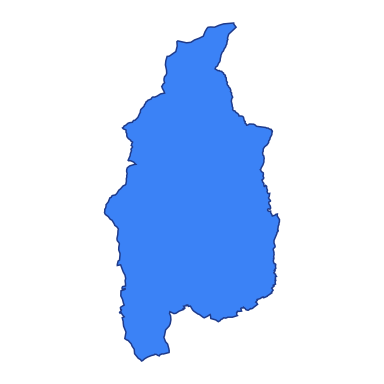 outline of Crasna, Gorj, Romania
{"feature_id": "2599482B71276356252313", "entity_name": "Crasna", "entity_type": "district", "adm_level": 2, "iso_a3": "ROU", "parent_name": "Romania", "parent_adm1": "Gorj", "projection": "natural_earth1", "projection_center": [23.564, 45.231], "detail": "fine", "context": "isolated", "style": "filled", "palette": "blue", "viewbox_px": 384, "rotation_deg": 0, "n_neighbors": 0, "source": "geoboundaries", "source_scale": "gbopen_adm2", "svg_char_len": 6037}
<svg xmlns="http://www.w3.org/2000/svg" viewBox="0 0 384 384"><path d="M140.5,359.6L141.5,361.0L142.6,360.6L144.6,358.8L147.5,357.1L151.5,355.5L154.1,354.9L154.7,354.3L156.3,354.4L157.7,355.3L159.3,355.9L160.2,354.5L161.0,354.4L161.9,353.9L163.4,354.0L169.1,352.5L169.2,350.8L168.9,348.9L167.6,344.1L165.5,341.7L163.8,337.1L164.4,336.0L165.6,329.9L169.1,326.1L170.2,323.7L170.9,319.8L170.6,315.8L169.5,313.5L169.9,311.7L173.9,313.6L175.9,313.3L179.2,311.1L183.5,309.5L183.1,308.9L184.8,308.3L184.7,307.7L184.1,307.3L184.1,306.5L183.8,306.2L186.5,305.7L186.4,305.1L187.8,305.0L188.4,306.4L190.4,306.1L192.7,310.0L194.0,311.3L198.1,314.1L199.3,314.4L203.4,317.5L204.3,317.8L207.4,316.3L210.1,314.5L210.4,315.1L210.8,318.5L215.7,319.9L218.3,321.7L220.2,320.6L220.9,319.5L222.1,319.1L223.7,317.8L225.8,318.1L228.0,317.2L232.4,317.2L237.4,315.6L236.8,315.0L236.6,312.5L237.4,312.0L237.4,311.4L237.7,311.2L239.2,311.4L241.6,311.1L240.8,308.4L241.7,307.9L243.0,308.0L243.4,307.2L245.2,308.6L245.9,309.7L247.6,310.2L248.4,310.2L250.5,308.6L250.9,308.9L252.5,308.4L253.6,307.4L257.6,304.3L256.5,302.5L255.8,302.1L257.4,300.2L257.1,299.5L260.1,298.6L262.2,297.2L263.2,297.0L263.4,297.7L263.9,297.7L267.2,296.3L267.2,296.0L271.8,292.9L271.4,292.4L273.1,290.2L271.7,288.2L274.1,286.0L273.3,285.2L275.5,284.1L275.1,282.6L275.4,281.5L275.1,280.6L275.1,280.2L275.7,280.2L275.3,278.6L275.5,278.4L275.4,277.0L275.5,276.5L276.4,276.4L275.5,274.9L275.5,274.2L274.3,273.5L273.9,272.4L274.6,271.9L275.0,270.6L274.5,270.3L275.1,270.0L274.8,269.3L275.8,268.5L275.4,265.7L275.7,265.2L275.7,264.3L275.1,263.8L274.3,263.7L273.5,261.9L273.3,260.5L273.7,259.4L273.5,258.7L274.0,258.2L273.6,256.8L274.1,254.3L273.8,252.7L274.0,252.4L273.2,249.6L273.4,248.7L275.1,246.9L275.0,245.7L274.0,243.0L274.0,240.4L276.9,233.5L276.9,232.4L277.9,231.6L277.8,231.0L278.2,230.7L278.1,230.0L277.7,229.8L277.7,229.0L278.0,228.2L278.2,226.1L278.9,224.7L279.0,223.0L279.4,222.0L279.5,219.6L277.2,215.9L277.4,214.0L275.9,214.3L274.8,215.3L272.3,216.0L271.9,214.7L270.7,212.8L270.6,211.1L268.9,211.4L267.7,210.5L267.6,209.7L267.8,209.2L268.7,208.8L270.0,209.2L270.7,208.0L270.3,207.0L270.4,206.3L269.0,204.0L268.7,202.9L268.9,202.0L270.4,201.2L270.5,200.9L269.7,199.5L269.1,199.1L268.5,197.9L269.2,196.5L269.7,193.4L268.5,193.6L267.7,193.2L267.0,191.4L267.5,190.2L266.6,188.1L266.7,186.5L266.5,186.1L265.6,185.4L264.7,186.5L264.2,186.4L263.8,184.5L263.8,183.3L262.6,182.0L262.5,180.9L262.0,180.3L262.1,179.7L263.5,178.8L263.8,177.8L263.0,176.1L263.4,174.8L263.3,172.9L261.5,171.6L260.3,169.7L260.7,169.5L261.2,167.9L262.9,164.9L263.9,162.0L263.9,159.9L264.2,158.5L263.7,155.8L262.9,155.0L262.6,153.0L262.6,152.2L263.1,151.7L263.3,148.8L264.7,146.7L267.0,144.9L268.6,142.6L268.7,141.0L269.8,139.5L270.2,137.6L271.8,134.7L271.9,133.0L272.4,131.3L272.2,130.8L271.5,130.7L271.5,129.8L271.3,129.4L269.6,129.1L268.0,128.0L266.8,128.1L265.7,127.5L256.5,126.3L255.2,125.0L253.7,124.2L249.5,124.0L247.5,125.1L246.6,125.2L246.2,124.0L245.0,123.0L245.2,121.4L244.3,120.9L243.5,117.3L242.8,116.5L241.8,116.1L238.9,115.9L238.7,114.7L237.7,113.5L235.9,112.4L235.0,111.0L233.5,110.6L232.6,109.5L232.9,108.0L232.2,106.2L232.2,105.1L231.3,101.2L231.7,98.9L232.0,98.1L232.6,97.6L232.6,97.0L231.5,94.6L231.6,92.9L230.5,91.5L230.8,90.3L230.4,89.2L230.1,88.8L230.1,88.3L228.6,86.8L228.5,86.0L227.5,85.1L227.0,83.6L227.4,82.3L226.4,81.0L226.2,77.7L225.2,76.8L225.5,76.0L225.1,75.0L223.8,74.2L223.5,73.0L222.3,72.3L221.8,71.4L219.8,71.1L219.2,70.5L218.1,70.7L215.1,68.9L215.7,67.1L217.4,66.0L218.6,63.1L219.7,61.8L220.2,60.2L220.2,59.2L220.9,56.1L220.8,55.7L221.7,53.4L222.2,52.2L223.4,51.0L224.2,48.9L225.6,46.9L226.0,45.4L226.8,44.1L226.9,42.2L227.2,41.8L227.1,40.8L227.9,39.5L227.5,38.4L227.6,37.7L228.6,34.5L229.0,33.9L236.1,27.2L233.9,24.3L233.7,23.0L223.5,23.9L219.0,25.3L214.6,27.2L210.5,27.0L208.0,27.3L206.9,28.5L205.1,31.6L203.3,36.2L199.2,38.2L194.4,40.0L190.9,42.3L186.5,42.8L177.8,40.9L176.9,41.7L177.2,46.1L175.8,51.6L169.2,56.2L167.1,56.4L165.8,60.9L165.4,64.9L166.5,70.0L166.7,73.3L166.3,74.4L165.5,75.8L164.6,76.5L164.0,78.9L164.0,80.5L164.6,82.8L163.0,84.2L162.3,85.9L161.7,86.3L162.5,88.6L163.9,91.1L164.6,93.1L160.6,93.9L157.1,96.1L154.7,97.1L152.8,97.0L152.0,97.5L151.0,99.1L147.8,100.3L147.2,101.2L146.2,101.7L145.3,103.7L144.5,104.7L144.1,106.2L140.8,109.5L140.3,111.3L140.4,112.3L139.9,113.0L137.9,117.4L135.1,120.2L133.5,120.5L132.3,122.3L129.4,122.7L127.9,123.3L125.8,125.2L124.1,126.0L123.4,127.3L122.5,127.9L123.4,128.9L125.7,129.8L126.1,130.2L126.0,132.1L126.8,133.7L126.8,136.0L127.3,137.2L128.5,138.7L130.6,140.2L131.0,141.1L132.6,142.1L132.4,142.8L131.7,143.8L131.6,144.8L131.2,145.4L132.4,146.4L132.5,147.2L131.1,148.9L131.0,149.6L131.5,150.7L130.3,153.9L130.2,155.6L128.1,160.3L128.8,160.8L129.2,160.6L130.0,160.8L130.6,160.7L133.7,162.1L135.8,164.3L134.5,164.4L129.7,165.9L127.3,167.8L126.7,169.6L126.6,171.4L127.2,173.8L126.7,175.4L126.8,177.0L126.3,178.7L126.4,181.2L125.8,184.3L125.1,185.0L123.1,185.9L120.5,188.9L118.9,190.1L116.8,193.5L115.4,194.9L112.5,195.5L111.8,196.0L111.2,197.4L109.9,197.8L108.3,201.9L106.0,204.8L106.1,205.9L105.6,208.1L104.8,209.2L104.8,211.2L104.5,212.4L105.0,213.9L105.8,214.8L108.3,216.6L110.2,219.2L112.1,220.3L114.2,223.8L114.8,225.4L116.8,226.8L118.4,228.9L118.0,230.7L117.8,234.5L117.0,238.2L117.0,239.4L117.3,240.7L119.0,242.8L119.4,243.9L118.8,247.1L118.7,249.9L120.0,253.4L120.0,255.0L119.5,260.1L118.1,261.1L117.3,264.4L117.3,265.5L120.6,264.8L123.2,271.8L125.0,275.1L125.7,278.4L125.1,280.7L125.5,283.8L125.5,286.0L122.6,286.6L122.1,287.5L122.1,288.8L122.6,289.3L125.1,288.5L125.2,289.1L122.4,289.5L122.5,289.9L123.0,290.1L121.0,290.8L120.8,295.9L122.5,299.3L123.5,303.3L124.2,305.0L120.8,307.1L120.4,307.6L120.7,309.5L121.4,309.7L121.3,310.6L119.6,312.3L120.1,313.2L121.2,312.7L122.3,314.6L124.2,316.8L122.2,317.7L123.3,321.9L123.2,322.6L123.6,326.2L126.0,332.1L124.8,338.6L126.5,339.8L128.2,340.5L131.2,343.8L132.2,346.3L134.2,349.2L134.6,353.7L138.3,358.3L140.5,359.6Z" fill="#3b82f6" stroke="#1e3a8a" stroke-width="1.5"/></svg>